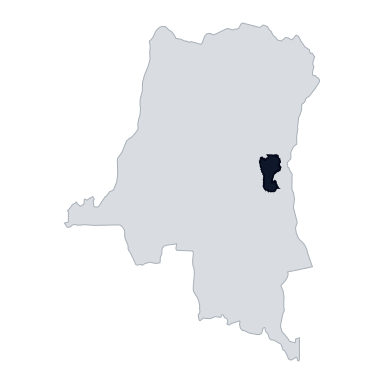 Shabunda, Sud-Kivu, Democratic Republic of the Congo shown in context
{"feature_id": "63176286B28648737127916", "entity_name": "Shabunda", "entity_type": "district", "adm_level": 2, "iso_a3": "COD", "parent_name": "Democratic Republic of the Congo", "parent_adm1": "Sud-Kivu", "projection": "equal_earth", "projection_center": [27.534, -3.007], "detail": "fine", "context": "in_parent", "style": "filled", "palette": "ink", "viewbox_px": 384, "rotation_deg": 0, "n_neighbors": 0, "source": "geoboundaries", "source_scale": "gbopen_adm2", "svg_char_len": 8350}
<svg xmlns="http://www.w3.org/2000/svg" viewBox="0 0 384 384"><path d="M312.4,266.8L287.6,272.0L288.1,273.9L287.9,275.9L287.3,277.4L284.7,281.5L281.0,285.3L281.0,286.2L282.9,290.4L284.0,296.2L283.7,306.4L284.2,309.1L284.1,311.2L282.9,313.6L280.4,325.8L282.0,331.7L286.9,337.2L289.7,341.3L294.6,342.7L295.3,342.5L295.6,339.1L299.4,337.8L299.4,359.5L299.1,360.7L298.4,361.0L297.5,360.3L297.2,358.2L296.2,357.3L291.5,360.0L290.3,359.9L289.0,359.4L288.1,358.3L287.8,356.7L284.5,350.4L282.9,350.0L281.1,344.3L273.7,340.1L270.9,339.8L269.4,338.5L268.0,334.0L265.5,331.2L265.0,328.0L264.5,327.5L263.0,328.2L261.7,333.2L260.0,334.4L257.0,334.5L249.4,333.1L244.0,330.5L242.6,330.6L240.4,328.3L239.5,324.4L240.0,321.4L239.6,320.9L231.4,323.5L229.4,325.0L227.5,324.6L226.9,323.8L227.7,321.7L227.3,319.5L226.7,318.4L224.3,317.6L223.5,315.2L222.0,314.8L221.5,315.2L221.1,316.8L220.2,317.4L215.3,316.6L210.2,318.7L203.3,318.1L200.1,320.7L199.6,320.6L198.9,319.3L198.2,315.2L198.5,314.1L199.6,313.3L199.9,311.6L199.5,307.4L199.8,306.3L199.4,303.9L198.4,300.0L196.9,296.8L193.8,292.0L193.2,289.7L193.4,284.3L194.3,275.8L194.2,269.4L192.9,265.3L192.6,260.9L193.4,252.9L192.6,251.0L176.9,250.3L176.2,249.7L175.9,248.6L176.6,243.9L167.1,245.1L164.2,246.0L162.4,247.9L161.9,250.4L161.8,253.8L160.4,257.1L160.0,262.7L157.4,263.3L154.7,263.3L149.6,262.2L144.7,263.7L142.3,265.3L141.0,264.5L136.5,265.1L135.9,264.7L130.8,253.6L128.5,250.0L128.0,248.2L128.2,246.4L127.5,244.1L125.1,238.5L124.7,235.8L124.7,231.7L124.5,230.3L122.3,226.7L120.9,225.5L119.3,224.9L93.7,225.4L85.2,224.7L79.0,225.2L75.9,224.9L75.0,224.4L72.2,225.1L70.7,226.6L68.5,227.4L67.1,227.1L64.4,223.0L68.0,222.2L68.3,221.8L68.4,212.0L67.5,210.6L69.4,208.9L72.5,204.5L75.5,203.0L75.9,202.1L76.6,202.1L77.7,204.0L80.3,206.3L83.6,204.3L84.0,203.7L84.3,199.4L85.2,199.1L86.6,200.0L87.3,200.0L88.8,198.8L92.9,196.6L94.2,199.4L93.0,201.8L93.6,203.5L93.7,206.2L94.4,206.8L97.7,207.1L98.6,206.5L105.1,196.8L106.8,195.7L109.5,191.8L113.2,190.1L114.7,187.0L116.8,181.6L117.7,173.7L117.3,160.2L117.6,158.3L122.0,152.2L126.5,141.1L129.6,138.2L131.9,137.0L135.4,133.0L138.2,128.9L137.8,124.0L138.5,119.9L140.0,114.7L140.5,109.3L140.0,103.5L140.2,98.8L142.3,91.2L142.5,82.6L144.4,75.3L148.2,66.1L150.0,59.3L149.7,52.5L150.2,47.5L150.0,44.6L149.3,42.1L149.7,40.5L151.1,39.8L152.9,37.3L156.1,30.6L159.5,27.4L161.9,26.4L164.4,26.5L166.0,27.1L168.6,29.7L171.6,31.7L173.8,34.3L176.0,38.4L181.3,39.3L183.6,40.7L185.0,41.3L185.5,40.9L186.6,41.1L189.1,42.3L191.1,41.6L200.9,44.3L202.1,43.0L204.8,36.0L206.9,33.7L210.3,33.4L212.9,34.7L214.3,34.7L226.4,28.8L228.0,28.5L232.4,29.9L235.2,29.0L236.4,29.3L238.8,28.2L240.9,24.1L242.5,23.0L259.9,27.5L262.6,25.3L263.8,25.1L267.7,26.7L268.9,29.3L271.2,31.4L272.8,35.1L275.4,37.1L276.7,39.0L278.3,40.4L281.4,40.9L285.4,37.6L288.3,37.9L291.1,39.7L292.1,39.6L294.2,37.7L295.4,35.7L296.5,35.2L298.1,36.1L299.5,38.0L300.7,40.8L305.1,47.0L309.3,49.7L310.4,53.5L311.9,53.1L312.6,53.5L313.7,55.9L314.5,56.4L314.6,57.4L313.6,59.7L312.6,64.0L313.9,66.7L312.8,70.6L312.3,74.6L313.6,75.6L315.4,75.5L317.0,77.6L318.3,78.0L319.6,80.2L319.3,82.0L315.2,88.6L308.9,96.6L306.8,97.6L305.7,99.0L305.0,101.4L303.2,103.4L301.8,104.2L301.6,110.0L299.5,116.0L298.7,117.2L297.6,127.0L297.8,128.6L296.6,136.6L296.8,144.1L293.8,146.4L291.7,150.1L290.8,152.6L290.9,158.6L287.4,162.4L287.2,163.2L288.0,167.4L289.3,168.1L289.3,169.6L292.1,174.1L291.9,188.2L292.1,189.6L293.5,193.0L294.5,199.3L293.4,207.5L297.2,222.3L295.5,227.8L296.3,233.0L298.5,238.4L303.8,243.8L305.2,246.0L306.6,249.0L307.8,253.6L312.4,266.8Z" fill="#d9dde1" stroke="#a8b0b8" stroke-width="1"/><path d="M278.4,188.1L278.1,187.9L278.1,187.6L277.9,187.6L277.8,187.3L277.7,187.1L277.8,186.8L277.7,186.6L277.4,186.3L277.1,186.3L276.8,186.1L276.7,185.8L276.8,185.7L276.7,185.6L276.8,185.4L276.7,185.4L276.5,185.1L276.5,184.8L276.3,184.8L276.0,184.4L276.2,184.2L276.3,184.0L276.3,183.8L276.2,183.6L276.0,183.3L275.9,183.3L275.9,183.2L275.8,182.9L275.7,182.8L275.9,182.7L276.1,182.3L276.0,182.1L275.9,182.1L275.7,181.9L275.6,181.7L275.7,181.3L275.6,181.2L275.4,181.0L275.2,181.2L275.1,181.3L275.1,181.2L274.8,181.1L274.5,181.5L274.4,181.3L274.3,181.6L274.2,181.7L274.1,181.8L273.9,181.9L273.8,182.1L273.6,181.9L273.6,182.1L273.4,182.2L273.2,182.3L273.2,182.2L273.2,182.3L272.9,182.3L272.8,182.5L272.7,182.4L272.4,182.4L272.3,182.6L272.2,182.6L272.3,182.5L272.2,182.4L272.1,182.5L272.0,182.4L271.8,182.4L271.7,182.3L271.6,182.1L271.6,181.7L271.7,181.4L271.8,181.1L272.1,180.9L272.1,180.5L272.1,179.9L272.2,179.7L272.2,179.4L272.2,179.1L272.1,178.8L272.5,178.7L273.0,177.2L273.2,176.7L273.1,176.3L273.2,175.7L273.3,175.4L273.9,174.5L274.1,174.0L274.1,173.0L274.0,172.7L275.0,172.5L275.1,173.0L275.3,172.9L275.5,173.0L275.6,172.7L275.9,172.2L276.1,172.2L276.1,171.9L276.2,171.7L276.3,171.1L276.6,171.0L277.2,171.2L277.7,171.5L277.9,171.4L278.0,171.4L278.3,171.0L278.5,170.9L278.5,170.6L278.7,170.2L278.9,170.1L279.3,170.5L279.7,170.3L279.9,170.1L280.0,169.9L279.9,169.4L280.3,168.7L280.2,168.0L280.7,167.5L280.7,167.3L280.5,167.1L280.5,166.9L280.3,166.6L280.1,166.4L279.9,166.5L279.9,166.4L279.7,166.3L279.6,166.1L279.3,166.4L279.1,166.4L278.8,166.7L278.6,166.6L278.4,166.8L278.8,166.0L279.0,166.0L279.2,165.6L279.0,165.1L278.5,164.6L278.5,164.4L278.9,164.3L279.0,164.5L279.3,164.5L279.4,163.4L279.3,162.8L279.4,162.4L279.6,162.2L279.9,161.9L280.2,162.0L280.2,161.9L280.2,161.7L280.2,161.4L280.0,160.8L279.8,160.2L279.3,160.2L279.2,160.1L279.4,159.7L279.6,158.9L278.9,158.7L278.7,158.5L278.5,158.1L278.2,157.7L278.1,157.3L278.1,156.9L277.9,155.9L277.7,156.0L277.0,156.3L277.0,155.6L277.0,155.3L276.9,155.1L275.8,155.3L275.7,155.7L275.5,155.3L275.5,155.2L275.2,155.4L275.0,155.1L274.1,155.1L273.8,155.4L273.5,155.7L272.8,155.6L272.2,155.1L267.4,155.0L267.6,155.4L268.1,155.6L268.6,155.7L268.5,156.2L268.3,156.6L268.3,157.1L268.4,157.3L268.3,157.5L267.4,158.1L267.0,158.1L266.6,158.7L266.1,159.5L265.9,159.4L265.8,159.2L265.7,159.3L265.7,159.5L265.5,160.0L265.3,159.9L265.3,159.4L265.1,159.3L265.0,159.5L265.0,159.2L264.9,159.4L264.8,159.2L264.7,159.1L264.7,159.4L264.6,159.5L264.6,159.4L264.6,159.1L264.4,159.1L264.3,159.4L264.3,159.0L264.2,159.0L263.9,159.2L263.9,159.4L263.8,159.2L263.8,158.9L263.3,158.7L263.2,158.9L263.0,158.3L262.9,158.3L262.8,158.1L262.7,158.1L262.5,157.8L262.4,157.7L262.3,157.8L262.1,157.5L262.0,157.4L261.9,157.4L262.1,157.9L261.9,157.8L261.9,157.6L261.5,157.8L261.4,157.8L261.5,158.0L261.4,158.2L261.4,158.4L261.2,158.2L260.8,157.9L260.6,158.0L260.3,160.3L260.4,160.8L260.4,161.0L260.2,161.2L259.9,161.2L259.9,161.3L259.7,161.3L259.9,162.0L259.8,162.3L259.9,163.2L260.0,163.5L260.3,164.0L260.5,164.9L260.5,165.3L260.3,165.6L260.3,165.8L260.4,166.0L260.5,166.1L260.7,166.8L261.0,167.1L261.1,167.4L260.9,167.5L261.0,167.7L261.5,168.0L261.5,168.5L261.4,168.7L261.4,169.1L261.1,169.5L261.5,169.9L261.7,170.2L262.0,171.9L262.3,172.2L262.3,172.4L262.5,172.5L262.6,172.3L262.6,172.5L263.1,173.0L263.1,173.6L263.1,173.9L263.1,174.0L263.3,173.9L263.6,174.4L263.8,174.4L263.9,174.6L263.9,174.9L263.9,175.3L263.8,175.6L264.0,175.8L264.0,176.0L263.9,176.4L263.9,176.8L264.0,176.9L263.8,177.6L264.0,177.9L264.2,178.0L263.9,178.6L263.6,178.9L263.5,179.3L263.7,179.8L263.5,180.1L263.6,180.3L263.7,180.1L263.8,180.2L263.9,180.6L263.8,180.8L263.8,181.0L264.0,180.8L264.0,181.2L263.9,181.4L263.9,181.7L264.0,181.9L264.1,182.2L264.0,182.4L264.0,182.8L263.8,182.9L263.9,183.1L263.9,182.9L264.1,182.9L264.1,183.3L263.9,183.3L264.0,183.5L263.9,183.5L264.0,183.7L263.8,183.7L263.8,183.9L263.8,184.1L263.7,184.1L263.7,184.3L263.6,184.9L263.6,185.2L263.6,185.4L263.5,185.6L263.6,185.8L263.5,186.0L263.4,186.3L263.5,186.4L263.5,186.5L263.6,186.8L263.7,187.0L263.8,187.2L263.8,187.3L264.0,187.6L264.0,187.8L264.2,188.0L264.3,188.0L264.4,188.3L264.5,188.3L264.5,188.5L264.5,188.4L264.5,188.5L264.8,189.2L265.1,189.4L265.3,189.4L265.6,189.5L265.8,189.5L265.8,189.4L265.9,189.6L266.0,189.6L266.0,189.8L266.1,189.7L266.2,189.8L266.5,189.7L266.7,189.9L266.8,189.9L266.8,190.0L267.1,190.1L267.5,190.1L267.6,190.3L267.8,190.5L268.0,190.7L267.9,190.8L268.1,190.9L268.3,191.2L268.4,190.9L268.7,190.8L269.4,191.1L270.1,191.1L270.3,191.4L270.6,191.6L270.8,191.6L272.6,191.3L273.0,191.3L273.2,191.6L273.5,191.6L275.4,190.6L275.4,189.7L275.9,189.0L276.3,188.9L276.6,188.5L276.6,188.2L277.7,188.1L278.4,188.1Z" fill="#0f172a" stroke="#020617" stroke-width="1.5"/></svg>